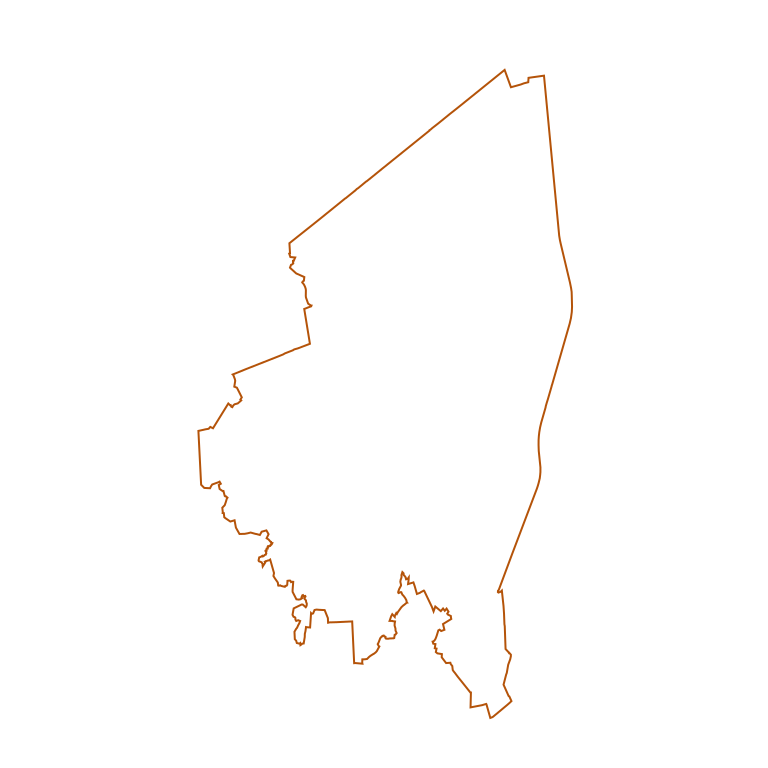 Smārdes pag., Engures, Latvia (Robinson projection), rotated 275°
{"feature_id": "27541924B30626092647888", "entity_name": "Smārdes pag.", "entity_type": "district", "adm_level": 2, "iso_a3": "LVA", "parent_name": "Latvia", "parent_adm1": "Engures", "projection": "robinson", "projection_center": [23.267, 56.989], "detail": "fine", "context": "isolated", "style": "outline", "palette": "amber", "viewbox_px": 768, "rotation_deg": 275, "n_neighbors": 0, "source": "geoboundaries", "source_scale": "gbopen_adm2", "svg_char_len": 6088}
<svg xmlns="http://www.w3.org/2000/svg" viewBox="0 0 768 768"><g transform="rotate(275 384 384)"><path d="M267.7,210.6L264.8,214.0L265.0,219.8L267.1,220.6L268.9,221.6L271.7,227.6L272.4,228.7L270.4,230.1L269.0,228.2L265.1,229.4L263.2,232.7L263.4,233.4L258.6,235.1L258.2,235.7L258.4,236.2L257.1,238.0L256.0,237.4L252.6,236.7L249.4,235.9L246.7,233.7L242.6,234.5L241.4,234.5L241.4,235.7L237.3,236.5L236.4,237.9L233.6,242.9L235.2,247.0L228.0,249.0L222.0,253.1L222.6,258.3L223.4,261.2L224.4,264.1L223.5,268.9L223.4,270.1L222.8,273.5L226.2,275.0L227.9,279.6L227.5,279.9L224.3,282.1L220.1,280.5L219.1,282.5L216.5,285.2L216.6,285.4L215.7,285.7L215.8,286.6L215.3,286.5L214.1,285.8L213.9,285.6L214.1,285.4L214.1,285.1L213.7,284.9L213.1,284.9L212.7,284.7L212.5,284.0L212.6,283.4L212.3,282.9L211.8,283.1L211.2,282.7L211.4,282.6L211.7,282.3L211.4,282.2L211.1,282.4L209.1,282.6L209.8,282.2L209.7,281.4L209.2,281.3L207.7,281.6L207.6,281.4L207.9,280.8L207.7,280.5L207.4,280.4L206.3,281.3L205.3,281.2L204.9,281.5L203.6,281.0L203.5,280.4L203.2,279.9L202.3,279.3L201.9,278.8L201.7,278.4L201.7,278.2L202.0,277.9L201.8,277.8L202.0,277.5L201.0,276.2L200.4,274.8L197.4,274.4L196.7,274.7L196.4,275.1L196.1,276.5L195.6,277.8L194.7,278.2L194.1,278.9L193.3,279.0L193.0,278.8L191.7,279.1L195.7,281.2L196.5,280.7L197.3,281.8L197.2,282.1L198.0,283.5L198.2,284.6L198.7,285.3L199.2,285.9L186.1,290.9L183.1,290.6L180.8,292.3L177.0,295.5L174.0,296.2L173.9,297.0L174.4,298.1L173.9,299.1L173.3,302.9L174.3,303.3L174.5,304.5L175.5,305.1L179.5,305.0L179.9,306.7L179.9,307.8L178.5,308.7L179.0,309.7L179.0,310.8L170.7,310.9L168.9,311.1L161.9,315.5L161.8,317.9L162.3,319.6L163.6,321.2L164.3,320.4L166.4,321.1L166.7,321.7L165.6,322.6L166.0,324.0L165.4,324.3L163.9,323.3L163.3,323.7L162.7,323.8L162.1,324.7L161.4,325.2L160.1,325.4L158.6,326.2L157.0,326.3L155.7,326.0L154.8,325.5L157.2,322.3L157.1,321.0L156.6,320.3L152.6,313.6L149.6,313.3L146.1,313.0L144.2,314.2L144.0,315.4L143.3,316.1L141.6,316.3L140.3,317.2L141.2,319.1L140.6,321.1L138.3,320.5L136.1,319.5L133.5,318.6L132.6,317.9L129.4,316.4L122.0,317.4L120.6,318.9L118.4,319.7L118.0,322.0L118.0,322.4L118.6,323.1L116.6,323.5L117.4,324.5L118.3,325.3L118.5,326.6L125.1,327.1L128.2,326.9L130.9,327.3L135.1,327.5L135.0,328.3L135.0,331.6L149.4,331.3L148.7,332.1L149.3,333.4L152.8,334.5L153.4,336.4L153.4,339.2L153.6,344.6L145.9,348.5L141.3,349.1L141.4,349.5L141.7,349.8L142.6,357.6L144.7,373.0L103.3,378.6L103.5,379.6L103.5,381.1L103.5,386.9L104.4,386.6L107.8,386.4L108.1,389.0L108.6,391.1L110.8,392.9L112.1,394.3L114.1,396.9L114.1,397.1L115.8,399.0L117.2,400.1L122.1,402.2L122.3,401.7L122.8,401.4L124.3,400.4L125.9,401.1L130.4,402.4L131.7,403.3L132.7,404.2L132.6,404.5L133.2,405.0L133.4,405.7L132.5,406.5L132.5,407.1L132.2,407.6L131.2,407.5L130.5,408.2L130.6,410.4L131.0,411.8L131.5,415.7L131.8,416.3L135.1,416.5L135.3,417.2L137.0,418.3L139.3,417.0L141.5,416.7L144.3,415.6L146.3,415.5L148.4,415.7L148.5,413.3L148.7,413.0L148.5,410.2L153.3,411.4L155.4,412.3L152.9,415.0L154.3,415.1L156.9,416.2L156.1,416.9L158.0,417.7L163.2,420.8L165.4,422.8L165.6,423.2L168.1,425.7L168.2,426.1L168.8,425.6L170.6,425.1L172.7,423.7L174.4,422.2L175.6,420.9L175.8,420.6L178.1,419.4L178.1,418.7L177.0,416.8L177.3,416.4L177.5,416.3L178.3,416.3L181.1,417.0L184.6,418.5L185.3,418.5L188.4,417.5L190.8,417.7L191.4,418.0L193.4,418.3L195.1,418.0L198.2,418.7L197.1,420.0L195.3,420.3L194.5,421.4L193.3,422.3L192.2,422.7L192.3,422.8L191.4,423.1L192.1,424.7L193.5,425.5L191.8,425.6L186.8,425.4L188.8,430.4L188.9,430.6L185.3,432.2L177.7,435.1L179.1,438.0L179.6,438.5L181.7,441.7L181.4,442.1L166.2,451.1L161.8,453.2L166.8,454.5L162.7,460.4L165.5,462.4L163.4,464.3L165.7,465.9L162.8,468.1L160.7,467.0L159.9,467.7L158.7,470.8L157.1,471.1L155.8,471.5L150.0,463.7L144.4,465.6L142.9,462.5L144.1,460.8L143.3,459.6L138.1,458.5L135.5,457.8L134.1,457.3L132.9,456.6L131.9,455.7L131.6,454.9L129.6,455.7L129.4,457.9L125.2,457.6L125.0,459.4L121.5,459.0L120.3,460.7L120.2,462.4L120.0,465.2L116.8,465.3L111.4,470.2L112.1,474.4L110.8,474.9L109.0,476.6L105.1,477.4L103.8,478.4L102.5,479.7L98.8,483.0L91.7,489.8L83.8,497.3L83.9,497.5L69.4,498.4L72.6,509.7L74.2,513.7L73.8,514.0L60.6,519.0L61.5,520.9L62.0,521.6L75.0,534.7L77.5,537.1L79.2,538.6L83.7,536.1L83.9,535.5L84.1,535.3L94.9,529.3L105.1,531.0L106.9,531.5L115.2,532.2L120.7,533.7L123.7,534.1L125.4,534.0L127.2,532.1L127.0,531.9L127.9,531.2L130.6,528.2L153.3,525.4L155.2,524.9L165.6,523.6L173.3,522.4L188.5,519.4L187.2,518.3L186.2,516.2L186.6,515.6L188.0,515.6L188.7,516.2L191.5,517.0L226.3,526.6L293.0,545.4L295.9,546.1L299.0,546.7L303.7,547.4L307.1,547.5L309.9,547.5L314.6,547.1L330.8,544.0L336.6,543.3L341.5,542.9L345.5,542.8L349.6,542.9L354.5,543.3L359.3,544.0L374.7,547.0L376.0,547.1L379.6,547.8L383.2,548.6L396.4,551.2L396.8,551.2L398.4,551.6L460.3,563.7L466.0,564.5L472.1,564.8L477.3,564.6L488.0,563.4L492.1,562.9L495.9,562.0L501.3,560.4L539.5,547.7L542.7,546.7L547.0,545.6L705.1,516.5L701.6,501.3L697.2,501.4L695.7,497.1L694.3,494.2L692.9,490.5L690.7,484.6L707.4,476.8L664.6,432.3L658.5,425.8L648.2,415.2L643.3,409.9L641.5,408.2L640.8,407.2L640.4,407.2L598.4,363.5L588.4,353.2L584.4,349.0L584.2,348.6L576.7,341.0L576.0,340.0L574.5,338.7L568.9,332.9L565.8,329.7L565.4,329.1L542.8,305.7L523.8,285.7L516.0,277.5L505.9,279.0L505.6,278.2L502.3,279.7L502.3,284.5L498.5,283.2L498.6,282.6L497.3,282.7L496.3,283.1L495.3,282.3L494.6,281.0L491.7,280.2L491.3,280.6L486.5,286.9L483.6,295.3L479.9,295.2L479.3,294.4L478.9,294.0L478.0,293.7L476.9,294.9L475.6,295.9L473.9,296.9L472.0,297.7L470.7,298.0L465.0,298.4L463.4,298.7L457.5,301.4L457.2,301.8L456.4,303.3L455.8,304.5L455.8,304.9L455.1,304.7L451.8,298.0L417.6,306.7L411.9,294.9L410.9,292.2L410.3,291.0L409.7,290.4L405.8,282.5L404.7,281.0L402.7,277.1L387.0,245.6L380.3,232.5L379.8,233.1L375.9,235.0L374.2,235.5L368.3,235.1L367.5,237.8L358.3,243.5L356.0,242.3L355.2,243.2L352.9,241.0L351.9,240.0L350.8,237.0L350.2,236.3L348.9,235.4L347.7,234.9L348.1,233.8L349.6,233.1L349.4,232.6L351.0,230.6L325.0,217.5L326.1,214.7L324.1,213.2L323.3,210.1L322.6,208.0L321.1,203.2L267.7,210.6Z" fill="none" stroke="#b45309" stroke-width="2"/></g></svg>